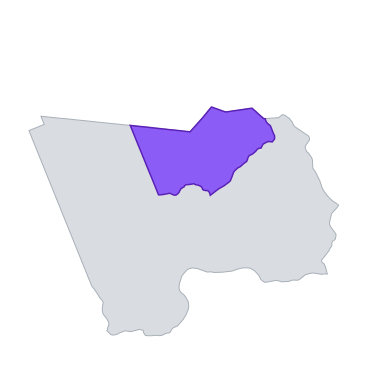 Murzuq on a map of Libya (Mercator projection), rotated 158°
{"feature_id": "LBY-2969", "entity_name": "Murzuq", "entity_type": "Municipality", "adm_level": 1, "iso_a3": "LBY", "parent_name": "Libya", "parent_adm1": "", "projection": "mercator", "projection_center": [15.489, 24.47], "detail": "fine", "context": "in_parent", "style": "filled", "palette": "violet", "viewbox_px": 384, "rotation_deg": 158, "n_neighbors": 0, "source": "natural_earth", "source_scale": "10m", "svg_char_len": 5179}
<svg xmlns="http://www.w3.org/2000/svg" viewBox="0 0 384 384"><g transform="rotate(158 192 192)"><path d="M64.4,122.7L66.4,121.7L69.2,120.5L70.7,119.6L71.3,118.9L73.4,115.9L74.5,114.3L76.0,112.0L76.6,110.5L76.6,109.0L76.4,107.2L75.2,103.0L74.3,98.9L75.0,97.3L75.6,96.5L76.9,94.6L77.5,94.2L80.3,93.6L81.4,92.3L82.2,90.7L82.5,89.8L83.7,88.9L85.2,88.0L86.1,86.9L89.0,85.1L91.7,83.4L94.9,81.7L97.3,80.4L97.8,79.2L97.8,78.2L96.4,75.9L96.4,73.1L96.5,70.9L96.7,69.5L97.2,65.8L97.3,65.2L99.8,66.5L102.4,67.0L110.1,71.6L112.5,72.2L117.9,72.8L124.3,70.9L126.7,70.5L130.9,72.3L132.7,72.8L135.8,72.9L141.1,74.6L142.5,75.1L145.6,77.7L147.1,78.5L158.0,80.8L159.5,82.4L161.0,85.3L161.1,89.0L162.0,91.7L163.3,95.1L165.0,97.6L166.8,99.6L168.9,100.9L173.7,102.7L179.1,103.5L184.6,103.7L194.0,106.3L201.9,109.2L203.9,110.7L207.9,112.1L215.8,119.1L220.2,121.5L223.3,122.0L226.1,121.5L231.0,119.1L233.1,117.7L238.0,111.7L239.7,108.6L240.3,106.3L240.2,104.1L239.5,102.0L238.1,99.9L237.2,97.1L236.6,92.0L237.4,88.5L238.3,86.3L239.8,84.2L243.9,80.0L248.1,77.1L255.4,73.3L259.6,73.2L261.4,72.8L264.9,70.1L266.3,70.0L268.2,70.6L274.0,70.4L276.5,71.2L279.6,72.9L283.4,73.9L286.1,75.0L288.9,76.3L289.6,79.7L289.3,80.7L289.2,82.0L292.2,84.3L300.6,85.4L302.3,86.0L304.6,87.7L306.1,88.3L311.9,88.5L315.3,88.1L318.5,88.8L319.7,89.4L320.9,90.7L322.4,94.1L323.0,95.2L322.4,95.7L321.5,96.9L320.9,97.9L319.4,99.6L318.1,101.4L318.2,104.0L318.5,106.7L319.4,109.3L320.1,112.2L319.9,114.0L319.3,116.4L318.5,118.3L316.0,122.3L315.6,123.2L315.8,124.5L317.3,129.2L317.4,130.7L318.3,135.2L319.1,138.9L320.1,141.8L320.2,142.6L320.2,146.9L320.2,151.1L320.2,155.3L320.2,159.6L320.2,163.8L320.2,168.0L320.2,172.2L320.2,176.4L320.2,180.5L320.2,184.7L320.2,188.9L320.2,193.0L320.2,197.2L320.2,201.3L320.2,205.4L320.2,209.6L320.2,213.7L320.2,217.8L320.2,221.9L320.2,226.0L320.2,230.1L320.2,234.1L320.2,238.2L320.2,242.3L320.2,246.3L320.2,250.4L320.2,254.4L320.2,258.5L320.2,262.5L320.2,266.5L320.2,270.5L320.2,274.5L320.2,283.4L320.2,292.3L320.2,301.1L320.2,309.9L320.0,310.0L315.9,310.0L311.8,310.0L307.7,310.0L303.7,310.0L303.7,312.2L303.7,314.4L303.7,316.6L303.7,318.8L295.7,314.6L287.8,310.4L279.9,306.3L272.0,302.1L264.0,297.9L256.1,293.7L248.2,289.5L240.3,285.3L232.3,281.1L224.4,276.9L216.5,272.7L208.6,268.5L200.6,264.2L192.7,260.0L184.8,255.7L176.9,251.5L171.4,248.5L165.5,251.4L160.9,253.7L154.8,256.6L147.8,260.5L142.4,263.4L142.1,263.4L141.9,263.3L136.3,258.3L131.9,254.4L130.0,253.3L121.7,251.3L113.6,249.3L104.9,247.2L103.4,244.0L101.6,240.5L99.3,236.0L97.8,233.3L97.3,232.8L90.7,230.7L83.7,228.5L79.7,229.8L78.9,229.7L77.8,228.9L76.6,227.8L76.0,226.2L74.4,224.2L72.9,219.4L72.7,215.6L72.4,214.3L68.8,208.9L65.5,204.0L63.3,200.8L62.8,199.3L63.1,197.5L64.0,195.9L67.2,193.9L70.1,191.8L70.5,190.4L70.6,186.4L69.7,185.1L69.0,182.7L68.3,179.5L68.2,177.4L69.5,173.2L71.0,168.9L70.0,164.1L69.3,154.4L69.8,146.7L69.4,143.9L69.2,142.7L68.2,139.1L67.0,135.3L66.4,134.0L64.9,130.9L62.3,127.2L61.0,124.8L62.8,123.6L64.4,122.7Z" fill="#d9dde1" stroke="#a8b0b8" stroke-width="1"/><path d="M224.3,276.9L224.0,276.7L221.9,275.6L219.9,274.5L217.9,273.4L215.8,272.3L213.8,271.3L211.7,270.2L209.7,269.1L207.6,268.0L205.6,266.9L203.6,265.8L201.5,264.7L199.5,263.6L197.4,262.5L195.4,261.4L193.3,260.3L191.3,259.2L189.3,258.1L187.2,257.1L185.2,256.0L183.1,254.9L181.1,253.8L179.0,252.7L177.0,251.6L175.0,250.5L172.9,249.4L171.4,248.6L171.1,248.6L170.3,249.0L169.4,249.4L168.4,249.9L167.5,250.4L166.5,250.8L165.6,251.3L164.6,251.8L163.6,252.3L162.7,252.7L161.7,253.2L160.8,253.7L159.8,254.1L158.9,254.6L157.9,255.1L157.0,255.6L156.0,256.0L155.1,256.5L154.8,256.6L151.9,258.2L149.1,259.7L146.3,261.3L143.4,262.8L142.4,263.4L142.1,263.4L141.9,263.3L141.1,262.7L139.1,260.8L137.0,259.0L134.9,257.1L132.9,255.3L131.9,254.4L130.0,253.3L128.3,252.9L126.9,252.6L125.4,252.2L123.9,251.9L122.5,251.5L121.0,251.2L119.6,250.8L118.1,250.4L116.6,250.1L115.2,249.7L113.7,249.4L112.3,249.0L110.8,248.7L109.3,248.3L107.9,248.0L106.4,247.6L105.0,247.2L103.7,244.7L102.5,242.3L100.7,238.5L99.5,236.0L98.3,233.7L97.9,233.1L97.3,232.8L96.7,232.6L96.9,230.1L96.5,227.7L94.5,224.1L94.5,220.6L94.6,216.8L94.4,213.2L95.5,210.3L98.8,208.4L101.7,209.9L103.1,210.3L106.2,210.0L108.1,209.8L109.8,208.4L111.5,206.9L113.7,207.4L115.8,207.1L117.2,206.1L118.7,205.5L121.5,204.6L125.4,204.3L127.1,203.0L128.8,200.9L130.0,199.8L133.1,199.1L137.5,197.5L140.8,197.1L142.7,196.4L145.6,195.1L147.5,193.1L149.2,191.2L150.9,189.4L152.3,188.0L154.7,187.1L156.8,186.6L159.7,185.8L162.8,185.4L166.0,184.9L167.7,184.5L176.3,182.1L176.1,183.5L176.1,184.8L176.3,186.4L177.0,187.4L177.8,187.7L179.2,188.5L180.2,189.1L181.2,190.4L181.0,192.3L181.9,194.2L183.7,196.0L184.9,196.8L186.3,197.7L187.2,199.0L189.7,199.5L192.5,200.2L195.0,201.1L196.4,200.5L197.6,199.7L199.7,199.5L201.1,199.1L203.2,197.5L204.0,196.6L205.8,195.7L208.1,195.1L210.0,195.9L211.6,197.7L213.3,199.3L214.9,199.5L216.8,199.9L219.4,200.4L221.6,201.0L223.4,201.6L224.1,201.9L224.1,211.1L224.1,220.2L224.2,229.2L224.2,238.2L224.2,247.2L224.3,256.2L224.3,265.1L224.3,274.0L224.3,274.4L224.3,274.6L224.3,274.9L224.3,275.1L224.3,275.3L224.3,275.5L224.3,276.9Z" fill="#8b5cf6" stroke="#5b21b6" stroke-width="1.5"/></g></svg>